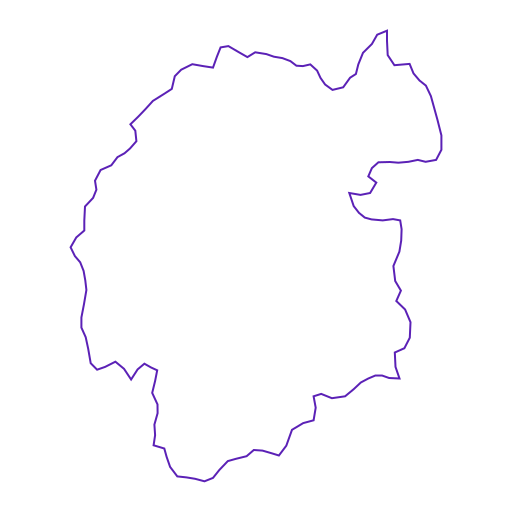 outline of Sem-Peixe, Minas Gerais, Brazil
{"feature_id": "56859067B34440894750184", "entity_name": "Sem-Peixe", "entity_type": "district", "adm_level": 2, "iso_a3": "BRA", "parent_name": "Brazil", "parent_adm1": "Minas Gerais", "projection": "equal_earth", "projection_center": [-42.82, -20.083], "detail": "fine", "context": "isolated", "style": "outline", "palette": "violet", "viewbox_px": 512, "rotation_deg": 0, "n_neighbors": 0, "source": "geoboundaries", "source_scale": "gbopen_adm2", "svg_char_len": 1939}
<svg xmlns="http://www.w3.org/2000/svg" viewBox="0 0 512 512"><path d="M153.6,445.3L164.3,448.5L166.6,456.8L170.1,466.9L177.3,476.4L186.5,477.4L195.1,478.8L204.5,481.3L213.0,477.9L219.4,469.9L227.8,461.1L236.0,458.8L246.6,456.2L253.8,450.0L262.5,450.6L272.1,453.4L278.9,455.5L286.3,445.7L292.0,429.8L303.2,423.1L313.6,420.3L315.7,407.7L313.6,396.3L321.2,393.9L331.9,398.2L345.1,396.3L353.9,389.0L360.8,382.5L368.3,378.5L375.4,375.5L382.0,375.5L389.1,378.0L399.5,378.5L395.5,366.9L394.8,352.5L404.4,348.2L409.8,337.7L410.5,322.2L405.1,309.5L396.3,301.0L400.9,290.6L395.2,281.0L393.4,266.0L399.4,251.6L401.2,240.6L401.6,229.2L400.2,220.4L393.0,219.1L382.7,220.4L371.5,219.4L364.8,217.6L359.0,212.9L353.7,206.1L349.3,193.0L360.5,194.9L370.1,193.0L376.3,182.6L368.3,176.4L371.9,168.1L378.4,162.3L389.8,162.0L398.4,162.7L408.5,161.8L417.8,159.9L425.6,161.8L436.1,159.9L441.4,149.8L441.4,135.4L437.5,120.0L434.3,108.4L430.9,96.1L425.9,85.6L419.5,80.5L413.5,73.4L409.6,63.9L394.4,65.2L387.7,55.1L387.0,40.8L387.0,30.7L377.2,34.7L371.9,44.0L363.0,52.8L358.3,64.4L355.9,74.0L350.1,77.7L343.2,87.3L332.5,89.9L325.1,84.5L320.5,77.9L317.1,70.6L310.3,64.4L302.9,66.1L296.4,65.7L290.4,61.1L282.4,58.1L273.9,56.7L266.4,54.1L255.2,52.3L247.4,57.1L238.3,51.9L228.4,46.1L220.6,47.4L216.9,56.7L213.0,67.6L203.1,66.1L192.3,64.2L181.2,69.7L174.8,76.2L171.8,88.9L163.6,94.2L152.9,100.9L145.1,109.5L138.2,116.7L130.4,124.3L135.3,130.7L136.4,141.2L130.0,148.5L124.6,153.2L117.5,157.1L111.3,165.3L100.6,170.0L95.0,180.7L96.4,189.7L93.1,197.9L85.0,206.5L84.3,220.6L84.3,230.5L76.3,237.4L70.6,247.3L74.9,256.1L80.2,262.3L83.6,270.9L85.3,280.5L86.4,290.0L83.9,304.6L81.4,317.5L81.4,327.6L85.7,337.2L88.2,348.8L90.7,363.2L97.1,369.7L105.1,366.9L115.4,361.7L124.0,368.8L131.1,379.5L137.6,369.4L144.4,363.7L151.1,367.5L157.2,370.3L155.1,381.0L152.2,392.9L157.5,404.4L157.6,413.2L154.4,424.6L155.1,435.2L153.6,445.3Z" fill="none" stroke="#5b21b6" stroke-width="2"/></svg>